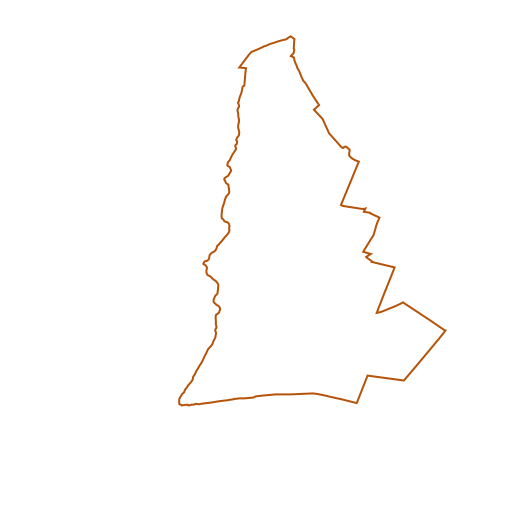 Ghimbav, Brasov, Romania (Robinson projection), rotated 331°
{"feature_id": "2599482B88023161659536", "entity_name": "Ghimbav", "entity_type": "district", "adm_level": 2, "iso_a3": "ROU", "parent_name": "Romania", "parent_adm1": "Brasov", "projection": "robinson", "projection_center": [25.508, 45.687], "detail": "fine", "context": "isolated", "style": "outline", "palette": "amber", "viewbox_px": 512, "rotation_deg": 331, "n_neighbors": 0, "source": "geoboundaries", "source_scale": "gbopen_adm2", "svg_char_len": 6105}
<svg xmlns="http://www.w3.org/2000/svg" viewBox="0 0 512 512"><g transform="rotate(331 256 256)"><path d="M325.0,436.6L343.6,429.6L376.4,416.9L383.8,413.8L385.5,413.0L385.2,412.8L384.5,411.5L376.7,395.9L363.2,370.1L362.1,367.8L358.4,367.8L353.5,367.4L342.5,366.1L338.7,365.6L336.6,365.1L334.0,364.3L334.8,363.6L338.5,360.5L351.7,349.5L359.9,342.9L371.7,333.2L354.4,317.3L354.9,317.0L352.0,310.9L351.9,310.2L357.4,309.9L351.8,304.3L364.5,297.1L368.7,294.9L371.4,292.3L375.8,287.8L378.6,285.3L382.6,282.3L382.2,281.7L376.7,274.2L376.9,273.6L371.8,269.6L374.7,267.5L373.1,267.1L372.5,266.8L371.8,266.4L356.2,254.3L355.0,252.6L391.7,223.3L390.0,221.4L388.4,219.2L387.3,217.1L386.7,215.5L386.3,214.2L386.3,213.5L386.5,212.6L386.8,212.0L387.4,211.2L388.5,210.0L389.4,208.3L388.0,204.5L387.5,203.9L386.9,203.6L385.9,203.4L385.6,203.5L385.2,203.8L384.7,203.8L384.2,203.5L384.0,203.1L383.3,201.8L383.2,201.4L382.7,198.7L379.4,184.1L380.7,168.5L377.6,156.1L384.3,154.7L383.4,142.6L383.2,134.5L383.2,130.7L382.9,127.3L382.3,126.2L382.5,122.4L383.4,115.2L383.3,112.0L383.4,111.3L383.7,109.9L384.2,104.7L384.6,103.2L385.4,100.8L383.7,98.4L383.4,98.0L383.9,97.8L386.2,97.2L387.0,96.8L387.6,96.4L389.4,94.3L389.6,93.4L389.6,92.8L393.7,86.4L394.8,85.0L392.8,80.7L391.3,80.7L389.9,80.7L389.1,80.9L388.3,81.1L387.7,81.1L386.4,80.9L385.7,80.6L382.0,79.6L378.3,78.8L377.5,78.7L374.7,78.2L372.7,77.7L370.9,77.3L367.6,77.1L364.1,76.5L363.0,76.5L357.7,76.1L356.0,75.9L353.8,75.7L351.6,75.4L350.4,75.4L347.0,76.7L332.8,83.0L338.3,86.9L335.1,91.3L328.4,101.3L328.0,101.2L327.4,101.2L326.6,101.5L326.1,101.8L325.6,102.3L324.3,104.0L321.6,107.0L319.9,108.2L319.4,108.6L317.3,110.7L315.9,112.5L315.0,112.9L314.6,113.2L314.5,113.3L314.5,113.6L314.5,114.3L314.3,115.2L314.2,115.5L314.1,116.1L313.9,116.6L313.5,117.2L312.4,117.8L310.6,119.3L310.4,119.6L310.2,120.1L310.1,120.4L309.7,122.0L309.4,122.8L309.2,123.4L308.2,125.3L307.8,126.7L307.4,127.9L306.9,129.2L306.4,129.9L306.0,130.7L305.6,131.0L304.6,132.0L304.1,132.6L303.3,133.8L302.9,134.5L302.4,135.7L302.2,136.9L302.1,137.3L301.7,138.0L301.6,138.9L301.5,139.4L300.3,141.2L299.7,142.0L299.2,142.4L298.5,142.6L297.1,143.2L295.7,144.2L295.4,144.4L294.9,145.1L294.8,145.5L295.1,146.4L295.0,146.9L294.9,147.1L294.5,147.5L293.5,148.6L292.9,149.0L292.3,148.9L292.2,148.9L291.8,149.1L291.5,149.3L291.2,149.7L290.9,150.7L290.9,151.1L290.8,152.0L290.6,152.5L290.4,152.7L289.3,153.5L287.7,154.3L286.8,154.7L283.9,156.3L282.6,157.2L281.3,158.1L279.7,159.4L278.6,159.8L277.3,160.2L276.9,160.4L276.4,161.0L276.1,161.4L275.0,162.5L274.8,163.1L274.8,163.5L275.4,164.3L276.0,165.1L276.1,165.5L275.8,168.8L275.7,169.2L275.2,169.6L274.4,170.2L273.2,170.7L270.9,172.2L270.5,172.3L266.4,172.6L266.0,172.9L265.5,173.3L265.3,173.7L265.3,173.8L265.5,175.1L265.4,175.7L265.2,176.4L265.1,177.5L265.3,178.0L265.9,179.2L266.2,179.7L266.3,180.1L266.4,180.5L266.1,181.0L265.7,181.5L265.5,182.3L265.5,182.8L265.4,183.2L264.7,184.5L264.0,186.4L263.1,187.7L262.5,188.1L261.8,188.5L259.7,189.2L258.5,189.7L258.1,189.9L257.8,190.3L257.4,190.7L256.1,191.6L254.7,193.3L253.0,194.9L251.3,196.4L249.8,197.8L246.3,202.6L244.8,205.2L244.5,206.2L244.5,206.7L244.6,207.1L244.9,207.7L245.1,208.2L245.2,209.0L245.2,210.0L245.3,210.3L245.5,210.7L246.2,211.6L246.8,212.1L247.6,213.2L247.8,213.8L247.9,214.2L247.9,214.5L247.8,215.5L247.7,216.0L246.8,217.8L245.5,219.4L245.4,219.7L245.4,220.2L245.1,220.9L244.7,221.3L243.7,222.1L242.9,222.6L241.9,223.1L240.8,223.5L238.2,224.3L233.5,226.3L231.0,227.1L228.8,228.0L228.2,228.2L227.4,228.1L227.0,228.4L224.8,230.5L224.3,230.7L223.7,231.2L221.8,231.8L221.0,231.8L220.0,231.8L219.0,231.8L218.6,231.8L216.7,232.4L216.0,232.7L215.7,233.0L214.0,235.1L213.3,235.7L212.6,236.1L211.6,236.4L210.6,236.4L210.3,236.4L209.8,236.1L209.2,235.9L208.5,235.9L207.4,236.4L206.2,237.2L206.1,237.4L206.1,237.6L207.0,238.8L207.4,240.0L207.5,240.5L207.6,241.0L207.5,242.0L207.3,242.6L207.1,243.0L206.8,243.4L205.8,244.4L205.1,245.5L204.7,246.3L204.5,247.2L204.4,248.9L204.7,249.7L205.0,250.1L205.8,251.1L206.2,251.8L206.3,252.2L206.6,253.1L207.1,255.2L208.3,257.6L208.6,258.1L209.2,260.8L209.2,261.5L209.2,262.2L209.0,263.0L208.2,264.3L206.4,267.1L205.0,268.8L204.2,270.0L203.9,270.2L203.3,270.5L201.6,270.9L201.2,271.0L200.6,271.4L197.6,273.8L197.4,274.1L196.8,275.5L196.7,276.0L197.0,277.1L197.8,279.7L198.5,280.7L198.7,281.1L199.1,282.0L199.3,282.8L199.3,283.3L199.2,283.8L199.1,284.6L198.5,285.6L198.1,285.9L197.5,286.3L197.3,286.4L196.9,287.0L196.2,287.6L195.2,287.8L193.5,288.0L192.5,288.1L192.2,288.4L191.6,289.1L191.1,289.8L189.5,293.1L188.9,294.4L188.1,295.6L187.6,296.8L187.2,298.3L187.1,298.9L187.0,299.0L186.1,299.9L185.4,300.2L185.0,300.5L184.5,300.8L184.3,301.1L184.2,301.6L183.9,303.3L183.6,304.1L183.2,304.7L181.1,307.3L180.5,307.8L177.0,310.2L175.8,311.4L174.5,312.3L172.1,313.3L171.2,313.4L170.9,313.5L170.3,313.9L169.1,314.2L168.7,314.4L165.5,316.8L161.6,319.3L159.6,320.9L158.2,321.9L155.8,323.3L155.2,323.8L153.8,324.3L152.7,325.0L149.6,326.9L147.8,327.8L146.8,328.5L146.3,329.0L145.1,329.9L142.7,331.0L142.2,331.4L141.6,332.2L140.7,333.3L140.3,333.7L138.0,334.8L136.5,335.4L134.3,336.1L133.4,336.5L131.5,337.6L130.5,338.0L129.4,338.4L129.0,338.7L128.3,339.3L127.6,339.8L127.3,340.1L126.8,340.4L126.4,340.5L125.2,340.7L124.3,341.0L120.7,343.1L119.8,343.8L118.7,345.2L117.2,348.2L117.2,348.6L117.3,348.8L118.4,349.8L118.5,350.0L118.6,350.7L121.8,351.8L122.9,352.4L124.1,352.9L124.3,353.3L124.4,353.7L124.7,354.1L125.6,354.3L126.1,354.6L126.9,354.6L127.4,354.7L128.6,355.4L129.2,355.7L129.9,355.9L130.6,355.9L131.3,356.0L132.9,356.9L133.5,357.4L133.9,357.9L134.4,358.1L136.7,358.8L138.2,359.4L138.5,359.5L140.7,360.4L146.4,362.7L147.6,363.1L150.8,364.2L156.5,366.4L161.3,368.4L163.5,369.1L166.6,370.3L167.1,370.3L167.6,370.4L168.8,371.0L170.8,371.8L173.2,372.8L173.7,373.1L175.1,374.0L177.1,375.0L185.3,378.6L186.0,378.6L186.6,378.6L187.2,378.6L187.9,378.7L192.3,380.5L206.4,386.7L210.6,389.1L220.3,394.4L228.2,398.3L238.8,403.6L240.6,404.8L243.6,407.1L248.8,411.6L253.3,415.7L261.8,423.2L272.8,433.5L295.6,414.7L325.0,436.6Z" fill="none" stroke="#b45309" stroke-width="2"/></g></svg>